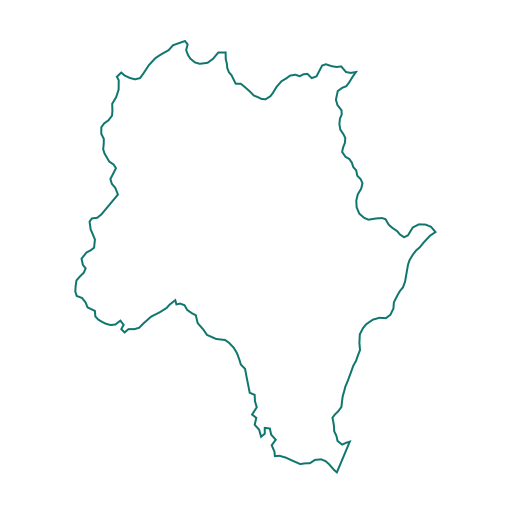 Mogi Mirim, São Paulo, Brazil, rotated 188°
{"feature_id": "56859067B62614874395589", "entity_name": "Mogi Mirim", "entity_type": "district", "adm_level": 2, "iso_a3": "BRA", "parent_name": "Brazil", "parent_adm1": "São Paulo", "projection": "robinson", "projection_center": [-46.995, -22.438], "detail": "fine", "context": "isolated", "style": "outline", "palette": "teal", "viewbox_px": 512, "rotation_deg": 188, "n_neighbors": 0, "source": "geoboundaries", "source_scale": "gbopen_adm2", "svg_char_len": 3270}
<svg xmlns="http://www.w3.org/2000/svg" viewBox="0 0 512 512"><g transform="rotate(188 256 256)"><path d="M182.6,452.1L187.6,450.5L192.5,450.7L198.0,455.6L202.4,454.4L207.6,454.5L213.5,455.6L217.0,453.8L219.1,448.0L221.1,442.3L225.6,439.9L230.4,443.5L234.4,442.5L237.7,440.1L242.2,441.0L247.3,439.4L251.1,435.8L255.1,432.6L259.2,426.3L262.0,419.8L264.0,416.2L268.4,412.5L272.4,412.3L276.3,413.6L280.5,414.6L285.3,418.3L290.5,421.7L294.9,424.4L300.1,423.8L305.4,431.6L308.4,434.2L310.6,438.1L311.6,442.3L313.4,446.9L314.4,453.3L321.7,452.2L325.9,445.4L330.8,440.6L338.4,438.5L343.4,439.2L348.4,442.2L351.2,445.4L353.8,450.1L353.2,456.1L356.3,459.0L367.5,453.2L371.2,447.6L376.3,443.8L379.4,441.3L383.2,437.9L388.7,430.0L392.7,421.5L395.6,416.0L400.5,414.1L405.9,414.8L411.1,416.4L415.0,418.9L418.7,414.1L416.4,410.9L415.2,401.6L416.6,393.8L419.6,386.7L418.4,379.8L418.1,375.0L421.0,369.8L424.8,366.2L427.1,362.0L426.2,355.4L423.0,350.8L422.4,346.0L422.2,340.4L420.2,336.3L414.5,329.1L409.8,326.8L406.9,323.5L408.5,318.8L410.9,312.0L408.8,307.4L404.9,304.0L401.3,297.6L414.8,275.8L418.6,271.7L423.7,270.4L425.6,266.9L423.4,259.2L421.0,255.4L417.8,249.9L417.5,241.7L420.3,238.8L424.4,235.8L428.4,229.1L426.2,223.1L423.0,220.1L424.2,215.5L427.4,211.4L430.4,206.8L430.4,201.0L430.0,195.7L428.0,191.5L422.4,190.2L418.2,186.2L415.7,181.7L407.9,179.2L406.7,173.8L403.4,171.1L398.9,169.2L395.2,168.0L390.4,167.4L385.7,168.6L381.3,173.1L377.5,169.4L379.2,164.8L375.5,162.0L372.1,165.8L366.1,166.7L361.7,168.7L358.2,173.4L351.4,181.4L343.7,186.7L337.4,192.0L334.7,195.9L329.8,201.0L328.1,197.0L324.5,198.3L319.9,197.3L316.6,193.0L311.5,190.4L307.4,189.0L304.4,181.4L297.9,175.8L293.5,171.0L283.9,168.3L274.9,168.5L270.8,166.4L265.2,162.0L261.1,156.8L257.8,150.5L255.9,146.4L251.1,142.7L248.5,134.9L245.6,126.6L243.2,119.7L238.0,118.3L236.8,112.0L234.2,106.3L237.8,98.4L233.2,95.8L233.8,88.7L228.7,84.4L225.8,77.7L222.6,81.2L223.4,87.0L218.3,87.1L216.1,81.2L210.9,76.8L214.1,70.8L210.5,64.8L209.5,60.5L204.8,61.4L198.4,60.5L192.2,58.6L183.2,56.1L179.0,57.4L173.8,58.3L169.2,62.3L163.1,63.7L158.5,62.5L154.7,60.0L149.2,55.2L145.8,53.0L137.3,85.2L140.9,83.5L144.4,81.2L149.5,84.2L151.3,89.0L154.2,93.4L155.0,98.0L156.4,102.6L157.8,106.5L155.6,110.4L153.0,113.6L150.4,118.5L150.6,124.5L150.6,129.5L149.9,134.0L149.4,138.8L147.6,145.7L145.8,154.0L144.4,160.8L142.3,166.2L141.3,171.5L139.9,177.3L141.5,184.2L142.3,192.9L140.0,199.4L137.5,203.6L134.4,206.5L131.3,209.3L125.1,212.0L118.8,212.5L114.8,216.4L112.6,223.1L113.0,229.3L110.6,236.4L108.6,241.4L106.1,245.4L104.8,251.5L104.4,264.8L104.2,269.0L103.3,273.5L100.9,279.1L98.3,283.7L95.1,287.3L91.9,292.6L86.5,300.3L81.6,304.7L86.8,309.3L92.5,310.7L99.1,310.0L104.7,306.1L108.4,297.6L112.0,295.2L116.4,297.3L119.7,300.3L124.8,302.8L128.9,305.4L132.9,310.5L136.6,311.1L142.6,309.8L149.7,307.6L154.2,308.8L159.6,312.3L163.1,318.2L164.4,324.8L163.8,331.2L161.2,337.3L160.7,342.9L163.0,346.6L166.9,349.6L168.7,354.8L171.9,357.4L174.1,361.8L177.0,365.0L181.2,366.7L185.2,371.0L184.9,375.4L183.7,380.5L184.0,385.3L186.4,388.8L190.1,392.9L191.8,398.2L192.0,403.5L190.8,408.1L191.6,412.2L196.4,416.9L198.6,421.9L198.0,430.7L194.0,434.6L190.2,436.7L188.0,440.7L185.1,447.3L182.6,452.1Z" fill="none" stroke="#0f766e" stroke-width="2"/></g></svg>